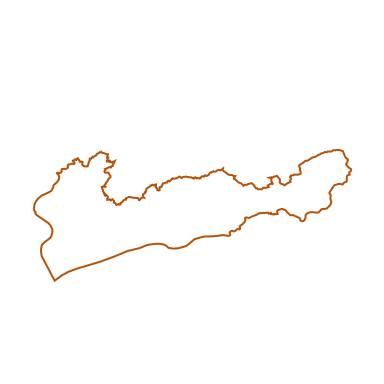 the district of Shannon Lea-7, Clare, Ireland, rotated 348°
{"feature_id": "5873133B70608760855162", "entity_name": "Shannon Lea-7", "entity_type": "district", "adm_level": 2, "iso_a3": "IRL", "parent_name": "Ireland", "parent_adm1": "Clare", "projection": "natural_earth1", "projection_center": [-8.747, 52.732], "detail": "fine", "context": "isolated", "style": "outline", "palette": "amber", "viewbox_px": 384, "rotation_deg": 348, "n_neighbors": 0, "source": "geoboundaries", "source_scale": "gbopen_adm2", "svg_char_len": 6079}
<svg xmlns="http://www.w3.org/2000/svg" viewBox="0 0 384 384"><g transform="rotate(348 192 192)"><path d="M295.9,243.2L297.4,241.4L298.4,238.2L300.4,236.8L303.5,236.4L304.9,236.6L310.4,238.3L312.5,237.9L314.4,236.2L315.7,235.7L319.5,236.2L320.5,236.1L324.1,233.8L325.6,232.1L326.3,230.3L325.9,227.6L327.1,223.7L326.9,223.1L326.3,222.6L326.3,221.2L332.3,215.1L336.6,214.6L338.9,214.9L340.5,215.9L341.1,215.8L342.1,214.7L345.5,213.9L346.5,209.8L347.1,208.5L347.8,208.0L349.8,207.8L349.9,205.4L351.7,204.5L352.4,203.2L352.1,202.3L350.5,200.8L348.6,197.6L348.5,196.8L349.8,195.5L351.2,193.3L351.3,192.6L349.8,190.8L349.0,188.9L348.1,183.4L344.2,181.2L343.6,181.4L341.8,180.8L341.1,181.0L338.9,180.5L338.3,180.6L337.5,181.4L336.2,181.3L333.1,180.6L332.1,181.2L330.4,180.5L328.0,181.2L326.7,181.0L325.1,181.8L322.9,182.1L320.5,183.1L316.9,183.3L312.1,185.2L309.0,185.3L306.0,186.9L303.0,187.8L302.1,188.4L302.7,191.4L302.1,193.0L302.5,194.9L301.9,197.0L298.7,197.0L295.6,196.2L294.8,196.7L292.4,196.4L292.0,197.3L291.2,197.3L291.0,197.6L291.7,199.6L290.2,201.5L290.4,202.6L286.7,203.4L283.8,204.8L282.8,203.5L280.6,202.3L280.0,201.2L279.9,200.6L280.7,198.1L278.4,193.8L277.8,193.8L276.9,194.1L275.7,194.0L273.9,194.5L272.7,194.1L270.7,194.1L271.8,194.8L272.5,195.8L272.1,196.3L271.9,198.0L272.7,200.2L272.4,200.9L270.8,200.2L267.5,201.4L268.0,203.2L264.3,203.2L263.1,202.6L262.5,202.6L261.5,203.5L260.6,203.8L260.2,203.5L258.9,203.5L257.1,203.0L256.3,201.9L255.4,201.8L253.5,197.3L252.2,195.8L248.4,195.9L246.7,196.4L245.4,195.9L243.6,196.7L243.0,195.2L241.5,193.6L239.4,192.3L237.0,188.7L235.8,188.0L235.8,187.1L237.6,185.5L236.3,185.2L234.5,183.6L232.2,183.1L230.4,181.8L229.5,180.3L227.6,178.6L226.8,177.2L226.6,176.5L227.0,175.6L224.9,176.7L224.0,176.6L222.4,175.9L221.4,176.0L220.0,176.8L219.4,176.9L217.8,176.7L217.2,176.2L216.5,176.6L215.7,176.4L215.1,176.9L214.5,176.6L213.0,177.3L211.9,178.7L210.3,179.3L209.5,179.2L209.3,178.9L208.2,178.5L207.9,179.1L207.3,179.0L207.2,179.3L206.6,179.4L205.2,178.7L203.3,179.7L203.2,180.3L202.3,180.4L199.6,179.2L199.1,179.5L198.4,178.4L196.8,178.5L196.5,179.2L195.4,178.6L194.6,177.6L191.1,176.6L189.3,175.7L186.1,175.5L184.5,176.2L184.3,175.5L182.9,174.3L181.1,175.0L179.9,175.1L179.6,175.4L176.1,175.1L175.9,174.8L175.3,175.3L174.8,175.0L174.0,175.9L172.0,177.0L171.3,176.3L171.0,176.5L170.5,176.4L169.6,177.4L169.3,177.1L168.1,177.5L166.8,177.5L165.6,178.0L165.1,177.7L164.1,179.5L163.7,179.6L163.3,180.6L161.2,180.6L160.8,183.4L159.9,183.7L159.1,183.1L158.5,183.0L158.8,182.1L158.3,180.7L157.9,180.6L157.4,179.5L157.5,179.0L158.1,178.5L158.4,177.1L157.1,177.1L156.1,177.7L154.9,176.6L154.4,176.6L153.7,177.2L153.1,177.0L151.4,178.1L148.2,179.3L146.9,182.2L146.0,182.3L145.6,183.6L144.3,183.7L143.3,184.5L143.3,185.9L143.8,187.4L143.3,187.1L142.4,187.1L140.8,187.5L139.0,189.1L138.5,188.9L138.1,187.1L137.3,186.6L133.1,185.3L129.4,183.7L126.2,184.4L126.0,185.8L125.6,185.9L124.6,185.4L123.2,185.9L122.1,187.2L120.0,187.8L119.6,189.2L118.5,189.3L118.3,188.8L117.8,188.6L115.4,189.1L114.8,187.0L113.9,186.5L113.9,186.1L113.4,186.0L113.8,185.2L113.7,184.1L112.6,182.5L110.8,183.4L110.2,182.2L107.5,182.1L107.7,180.8L108.5,179.9L108.8,179.3L107.5,177.1L106.4,177.6L106.0,177.0L105.9,176.5L106.2,176.3L105.8,175.3L106.3,175.1L106.0,174.3L105.4,173.7L105.0,172.9L105.3,171.8L104.7,168.3L105.9,168.2L108.3,169.0L108.6,168.8L107.6,167.4L108.5,166.4L109.5,166.1L110.1,164.8L111.8,163.6L112.9,162.0L115.4,160.5L115.6,159.0L114.9,157.9L114.4,155.8L111.2,155.0L110.7,154.4L110.8,153.1L111.9,152.5L112.2,151.8L111.9,151.4L114.8,150.9L115.9,150.5L117.1,150.9L117.4,150.4L117.9,150.3L118.1,150.6L118.3,150.2L119.9,150.0L120.7,148.3L121.0,147.9L121.4,147.9L122.9,145.8L121.2,146.4L120.6,146.4L120.5,146.0L119.2,146.3L117.8,145.6L118.4,144.7L118.2,144.2L116.9,144.2L115.9,144.6L115.2,144.6L115.3,143.8L116.1,143.6L115.8,143.2L116.4,142.3L116.2,141.9L116.8,141.7L117.2,141.0L116.2,140.1L116.9,139.4L117.1,138.7L116.9,138.5L117.4,137.5L116.5,137.4L114.4,136.0L112.2,135.0L111.5,133.8L110.8,134.3L110.0,133.9L108.3,134.8L108.1,134.7L106.6,135.1L105.9,136.3L103.8,136.7L102.4,137.6L102.0,137.0L100.1,138.5L99.1,138.0L98.7,138.3L98.8,139.6L97.3,141.3L95.3,145.2L92.7,144.8L92.3,144.4L91.4,144.2L90.3,142.4L91.2,140.1L90.7,139.4L88.9,139.4L89.0,138.8L88.2,137.8L88.3,137.4L87.8,136.8L87.7,136.0L87.2,135.2L86.2,135.7L85.4,136.6L84.8,136.5L84.7,135.9L84.3,135.7L83.5,136.3L82.0,136.6L81.9,137.0L82.7,137.7L83.0,138.4L83.1,139.5L82.7,140.0L82.1,140.0L80.6,139.3L78.9,139.7L76.9,139.3L75.9,140.1L76.0,141.7L75.5,142.6L72.8,143.3L70.9,142.6L69.8,142.5L69.3,142.7L68.9,143.6L68.7,145.1L67.6,145.7L66.2,145.9L65.2,145.4L64.2,145.3L63.8,145.6L64.9,147.2L65.2,148.8L65.1,150.1L64.4,151.9L62.6,153.9L58.0,156.6L57.0,158.9L55.2,161.1L54.3,161.7L52.8,162.3L44.1,164.3L40.0,166.5L37.7,168.4L35.5,171.3L34.4,174.0L33.9,176.2L34.1,178.4L34.8,179.2L34.3,180.5L35.2,182.2L45.1,192.6L46.5,194.9L47.5,198.8L47.5,200.5L46.9,202.9L45.0,206.2L44.2,207.0L41.9,208.4L37.0,210.6L34.4,212.4L33.1,214.8L32.1,217.8L31.6,222.9L32.1,225.1L39.2,250.2L47.0,246.6L54.8,244.3L64.0,243.0L87.4,241.1L102.3,239.0L117.0,236.3L128.9,236.0L137.6,234.5L144.7,235.0L148.6,235.7L152.2,236.9L155.3,238.8L157.4,241.7L161.6,243.4L166.8,244.2L174.5,243.7L176.2,243.2L184.6,238.7L192.3,238.1L195.3,238.2L204.3,239.9L212.0,240.5L214.4,240.9L218.2,242.5L219.7,242.4L220.3,242.0L220.6,241.1L220.3,240.1L220.5,239.5L221.4,238.6L222.5,238.3L223.4,238.3L224.3,239.0L225.5,239.3L226.8,238.8L227.8,238.0L229.1,237.7L230.2,238.4L231.1,238.4L231.5,237.4L231.3,236.6L232.1,235.0L234.4,234.3L235.6,233.1L237.1,232.5L238.4,230.4L238.4,228.9L238.8,228.3L239.6,228.1L242.2,229.2L243.4,229.1L245.1,228.5L250.8,227.6L253.7,226.6L254.7,227.1L257.0,227.1L258.5,227.6L262.0,227.9L262.7,229.2L265.6,228.6L265.2,228.9L264.8,230.0L267.3,231.0L267.5,230.6L268.8,230.8L270.2,231.4L271.2,231.3L271.2,228.6L271.7,228.0L272.4,227.6L274.8,227.3L276.9,227.4L279.8,229.3L281.0,231.8L283.4,235.2L286.0,235.6L291.8,239.8L292.1,240.3L292.2,242.4L292.8,243.2L294.0,243.6L295.9,243.2Z" fill="none" stroke="#b45309" stroke-width="2"/></g></svg>